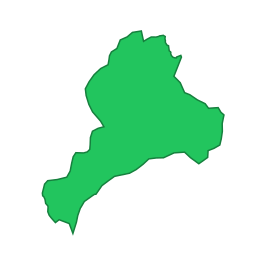 the district of Ethiope East, Delta, Nigeria, rotated 169°
{"feature_id": "59680162B29085579275088", "entity_name": "Ethiope East", "entity_type": "district", "adm_level": 2, "iso_a3": "NGA", "parent_name": "Nigeria", "parent_adm1": "Delta", "projection": "orthographic", "projection_center": [6.0, 5.695], "detail": "fine", "context": "isolated", "style": "filled", "palette": "green", "viewbox_px": 256, "rotation_deg": 169, "n_neighbors": 0, "source": "geoboundaries", "source_scale": "gbopen_adm2", "svg_char_len": 1598}
<svg xmlns="http://www.w3.org/2000/svg" viewBox="0 0 256 256"><g transform="rotate(169 128 128)"><path d="M220.6,88.8L224.5,80.4L224.7,77.7L223.8,76.7L223.1,73.8L223.2,69.6L221.6,66.9L221.5,65.9L222.7,61.1L222.0,57.3L220.4,54.2L217.3,49.0L213.1,51.1L203.9,45.4L202.2,35.0L196.6,45.4L194.0,51.7L190.1,58.4L189.2,59.3L184.9,64.2L176.6,68.0L173.6,69.3L172.1,69.1L164.6,76.4L156.4,80.4L153.5,81.7L150.5,83.1L145.1,83.2L142.5,83.2L141.1,83.2L137.8,83.3L135.2,83.3L130.2,84.9L128.0,85.6L120.0,89.6L113.5,93.7L105.8,93.2L98.8,92.0L87.5,94.8L77.1,93.5L72.3,86.9L65.3,79.4L55.4,83.9L53.7,90.5L47.6,91.6L41.1,93.8L39.1,98.3L38.5,99.6L36.0,106.8L34.7,114.3L32.5,119.7L31.3,122.5L33.8,125.7L35.6,130.8L45.2,132.0L47.6,137.1L54.6,142.4L61.0,148.9L65.7,151.9L68.1,162.5L73.1,170.0L62.0,187.4L62.3,189.2L66.8,188.4L67.1,187.6L68.6,187.9L70.5,189.0L71.6,190.9L71.9,193.0L71.5,194.2L71.8,194.7L72.8,195.9L72.6,199.9L72.5,201.0L73.2,201.5L73.8,201.8L74.4,203.2L74.8,204.2L75.0,205.2L74.6,206.5L74.7,208.5L74.0,210.7L75.8,212.3L76.1,212.2L77.1,212.3L78.2,212.3L79.3,212.4L80.7,212.0L83.1,211.9L87.8,212.9L92.4,211.5L96.2,210.1L96.4,220.7L105.4,221.0L111.4,217.6L118.8,215.9L123.7,208.2L129.8,205.8L132.4,202.4L133.7,198.5L135.5,193.9L143.4,191.6L148.1,188.7L151.2,186.7L157.3,180.9L162.4,174.6L162.8,168.9L162.9,167.9L161.9,158.6L159.7,150.6L153.6,140.0L151.4,133.8L154.6,133.6L157.4,133.4L163.5,131.6L166.7,125.8L168.3,118.9L169.6,114.3L172.5,112.3L176.4,112.0L183.9,113.7L187.3,110.2L190.0,104.2L193.0,96.7L197.5,91.4L207.3,90.9L216.9,91.6L220.6,88.8Z" fill="#22c55e" stroke="#15803d" stroke-width="1.5"/></g></svg>